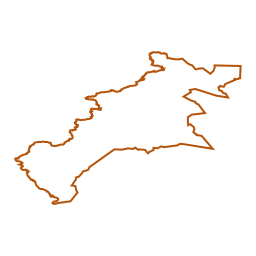 outline of Jondal nor, Hordaland, Norway
{"feature_id": "86288312B59600167870114", "entity_name": "Jondal nor", "entity_type": "district", "adm_level": 2, "iso_a3": "NOR", "parent_name": "Norway", "parent_adm1": "Hordaland", "projection": "equal_earth", "projection_center": [6.252, 60.244], "detail": "fine", "context": "isolated", "style": "outline", "palette": "amber", "viewbox_px": 256, "rotation_deg": 0, "n_neighbors": 0, "source": "geoboundaries", "source_scale": "gbopen_adm2", "svg_char_len": 5574}
<svg xmlns="http://www.w3.org/2000/svg" viewBox="0 0 256 256"><path d="M166.5,53.9L165.1,53.9L164.5,53.6L164.5,53.3L164.4,53.2L161.4,53.6L160.3,53.1L160.1,52.6L158.5,52.5L158.5,52.2L158.0,52.1L156.6,52.5L153.6,52.2L152.9,52.5L151.5,52.3L152.2,52.6L151.9,52.7L151.9,53.0L150.7,53.2L150.8,53.6L149.8,54.0L150.1,54.3L149.8,54.5L149.7,55.7L150.2,56.1L150.6,56.8L150.4,57.0L150.5,57.4L150.0,57.8L151.1,58.6L150.4,59.2L151.2,59.5L151.5,59.9L152.3,60.0L153.2,60.6L153.4,61.0L153.3,61.4L152.9,61.5L153.2,61.7L152.9,62.2L153.2,62.5L153.1,62.9L152.2,63.4L151.7,64.5L152.3,64.5L152.3,64.9L153.3,65.3L155.1,65.7L157.9,65.6L159.8,66.5L161.9,66.5L162.6,67.7L162.3,67.9L162.7,68.0L162.6,68.4L162.8,68.9L163.7,68.8L163.5,69.0L163.8,69.3L163.6,69.5L163.9,69.5L163.8,70.1L162.8,70.2L162.0,69.8L162.0,70.1L159.6,70.4L156.6,71.7L155.9,71.5L155.5,71.8L153.9,71.6L153.7,71.5L153.7,71.0L152.1,71.8L150.1,72.0L149.4,72.5L148.3,72.2L147.3,72.4L146.2,73.1L146.1,73.4L146.5,73.3L146.4,73.7L145.4,74.1L144.9,74.7L144.9,75.2L143.2,76.2L143.8,76.5L143.3,77.3L143.2,77.7L143.5,78.0L143.4,78.5L142.2,77.8L141.5,78.1L141.6,78.4L142.0,78.6L141.7,78.8L143.2,78.8L142.8,78.9L142.9,79.2L143.8,79.0L144.0,79.1L143.4,79.5L143.1,79.3L141.4,79.7L141.2,80.0L141.7,80.2L139.4,80.7L138.2,81.6L136.6,82.0L136.8,82.2L136.2,82.9L137.0,84.1L136.7,84.8L134.4,85.6L129.9,86.0L128.4,86.7L127.7,86.7L127.5,87.0L126.9,87.0L126.6,87.2L126.8,87.3L124.0,88.1L122.4,89.2L121.4,89.4L121.3,90.0L120.6,90.4L120.8,90.7L120.6,91.0L116.0,91.9L113.9,90.6L111.2,90.0L110.9,90.3L111.9,90.5L111.8,90.8L110.9,90.9L110.7,90.7L110.8,90.9L110.2,90.9L110.2,91.1L108.9,91.7L106.7,91.7L104.6,92.2L101.7,92.2L99.7,92.7L98.7,93.3L96.8,93.3L96.3,93.8L96.6,94.5L95.6,95.9L94.0,96.2L93.5,96.7L92.2,96.2L90.5,96.8L88.9,96.6L88.6,96.9L87.2,97.1L86.9,97.5L85.7,98.0L86.0,98.8L86.8,99.0L91.1,99.6L91.8,99.3L92.1,99.6L93.2,99.5L93.6,99.9L94.5,100.0L95.7,100.5L96.9,102.4L96.9,102.7L96.6,102.7L96.4,103.5L96.8,104.1L97.3,104.4L96.9,104.7L99.2,105.6L99.2,106.0L98.8,106.3L98.7,107.1L99.2,107.6L99.3,108.0L99.0,108.3L99.4,108.6L100.0,108.5L99.9,108.6L100.4,108.8L100.0,108.8L100.9,109.2L100.9,109.6L99.8,109.9L97.3,109.1L94.9,108.8L93.9,109.1L92.5,108.5L91.6,108.7L91.5,109.0L91.0,109.2L90.9,109.7L92.0,111.1L90.2,111.5L90.3,112.3L91.5,113.1L91.9,113.7L91.7,114.1L92.0,114.3L92.0,114.9L92.2,115.2L92.7,115.5L92.4,116.0L91.9,116.1L91.9,116.5L90.8,116.9L91.1,117.5L91.5,117.9L89.5,118.9L87.5,119.0L85.1,119.7L80.5,120.1L77.2,119.3L76.3,119.7L76.6,120.5L76.1,121.0L76.1,121.5L74.8,122.6L74.9,123.2L75.7,123.4L75.6,123.9L76.0,124.1L76.5,124.8L77.9,125.0L78.1,125.2L77.3,127.0L76.1,126.9L75.8,127.3L74.9,127.5L75.9,129.4L73.9,130.1L73.7,129.8L73.2,129.9L73.3,130.3L72.8,130.5L72.0,130.2L70.0,130.5L69.7,132.3L71.3,133.4L71.6,135.0L72.4,135.5L72.3,136.2L72.7,137.7L72.5,138.2L71.9,138.7L71.0,138.9L70.0,138.6L69.1,139.2L68.8,140.1L69.3,140.3L69.1,140.7L67.3,140.9L65.9,141.9L64.6,142.5L64.8,142.9L64.7,143.3L63.5,144.4L62.6,144.7L61.8,144.4L60.9,144.6L55.1,146.2L54.1,145.9L52.3,145.9L52.2,145.6L50.9,144.7L50.9,143.4L50.5,142.7L49.4,142.8L48.2,142.5L47.6,142.0L45.1,142.0L43.1,141.6L40.8,142.0L39.5,141.9L37.5,142.1L35.1,142.5L34.0,143.2L33.8,144.4L32.4,144.7L31.8,145.3L31.4,145.2L31.7,145.4L31.4,145.6L30.1,146.2L30.4,146.7L29.5,147.3L29.8,147.9L29.3,148.3L29.3,148.7L28.6,149.9L28.9,150.1L29.4,151.4L28.9,152.0L27.9,152.3L27.9,152.6L26.9,153.1L26.8,153.9L25.0,154.3L21.5,155.5L19.1,157.0L19.2,157.4L18.6,157.8L16.8,158.2L17.0,158.4L16.1,158.3L15.4,158.5L15.4,159.6L16.1,159.7L16.1,160.5L17.2,161.2L18.6,161.2L20.8,161.8L22.5,163.0L22.1,163.5L19.5,164.6L21.6,165.2L22.9,166.1L22.7,166.5L20.9,167.7L21.0,168.7L23.0,169.9L24.1,170.0L25.3,169.6L27.2,170.1L27.3,171.0L27.8,171.2L27.4,171.3L28.2,171.8L28.1,172.3L26.9,173.0L26.9,173.6L27.4,174.5L27.5,175.7L28.5,176.3L28.8,177.4L29.6,177.7L30.7,179.2L32.1,179.6L32.5,179.8L32.2,180.0L32.8,180.1L32.7,180.4L33.2,180.9L34.6,181.1L35.2,181.6L35.1,182.3L35.5,182.7L35.8,184.2L36.6,185.7L37.8,186.7L38.9,188.2L40.7,189.0L42.9,189.1L46.5,190.8L46.9,191.1L46.9,191.4L47.3,191.3L48.3,191.9L48.7,193.1L49.5,193.5L49.6,194.1L50.3,194.7L50.0,195.5L50.6,195.8L50.8,195.5L51.3,195.6L51.1,195.5L51.3,195.4L52.5,195.5L53.1,196.0L52.8,196.3L53.2,196.2L53.8,196.7L53.8,197.1L56.8,197.8L58.0,198.6L58.2,199.2L58.2,199.6L57.3,200.8L55.7,201.4L53.9,201.5L53.0,202.3L53.0,202.8L52.6,203.1L53.9,203.9L54.8,203.9L59.5,202.8L70.5,201.3L77.6,192.4L76.2,190.3L75.6,187.7L75.6,186.3L74.8,185.9L71.7,185.5L75.7,179.9L76.1,177.4L78.8,176.7L82.2,173.0L82.7,171.5L87.9,170.0L89.1,168.2L89.3,167.2L114.5,149.3L121.9,149.7L127.8,148.4L133.3,148.9L135.2,147.6L138.3,149.8L139.7,149.4L145.1,149.9L147.7,153.2L148.6,152.8L149.0,152.1L153.5,150.0L153.5,147.9L157.4,148.3L161.3,146.4L164.0,147.2L177.2,145.4L179.9,143.9L182.8,144.0L212.7,148.8L201.8,136.0L198.9,135.3L196.6,135.2L196.1,134.4L196.1,134.0L195.3,133.8L193.3,132.0L194.5,129.3L193.7,127.0L190.2,124.2L188.8,124.7L188.2,125.2L187.9,122.5L187.9,117.2L191.8,114.6L205.0,113.1L198.5,104.5L196.3,103.5L195.2,102.5L195.4,101.9L190.6,100.3L183.6,96.6L190.9,92.2L189.8,90.0L195.4,89.0L216.1,95.6L228.0,97.5L225.8,93.7L223.8,93.2L222.5,92.4L221.9,90.9L219.3,90.4L218.6,87.9L218.7,86.9L220.9,86.4L220.8,86.1L223.8,86.8L225.2,84.1L234.6,80.1L235.0,79.9L234.4,79.0L234.5,78.8L236.4,79.2L238.5,78.9L238.8,78.3L240.1,78.2L240.6,66.0L214.6,65.4L214.7,67.5L213.4,71.0L210.3,73.8L202.9,68.3L198.7,68.6L197.2,69.2L195.3,69.2L192.3,65.4L189.7,64.5L187.6,63.3L182.4,58.7L179.0,59.3L175.3,59.3L169.2,58.2L167.6,58.3L167.1,57.1L167.3,56.1L166.8,55.4L166.5,53.9Z" fill="none" stroke="#b45309" stroke-width="2"/></svg>